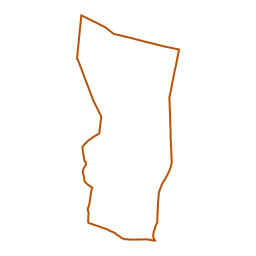 Malem Hodar, Kaffrine, Senegal (Equal Earth projection)
{"feature_id": "50182788B13883389428586", "entity_name": "Malem Hodar", "entity_type": "district", "adm_level": 2, "iso_a3": "SEN", "parent_name": "Senegal", "parent_adm1": "Kaffrine", "projection": "equal_earth", "projection_center": [-15.234, 14.358], "detail": "fine", "context": "isolated", "style": "outline", "palette": "amber", "viewbox_px": 256, "rotation_deg": 0, "n_neighbors": 0, "source": "geoboundaries", "source_scale": "gbopen_adm2", "svg_char_len": 2858}
<svg xmlns="http://www.w3.org/2000/svg" viewBox="0 0 256 256"><path d="M77.0,58.9L77.7,59.3L93.3,100.4L101.3,116.7L99.2,133.5L92.9,137.2L87.9,140.9L84.6,144.2L82.3,147.2L83.3,154.4L84.6,161.1L85.8,162.0L85.8,164.8L83.8,168.3L82.6,171.6L83.8,176.2L84.5,181.2L87.0,184.0L92.3,187.7L91.1,191.8L89.3,204.4L87.6,209.5L88.6,212.5L88.3,217.3L88.2,222.0L88.5,222.7L88.6,223.0L89.2,223.1L90.0,223.4L90.6,223.7L91.1,223.8L92.0,224.1L92.5,224.2L93.1,224.6L94.0,224.8L94.8,225.1L95.6,225.4L96.0,225.5L97.2,225.9L98.3,226.2L99.3,226.6L100.1,226.8L100.9,227.3L101.6,227.4L102.5,227.9L103.2,228.0L103.6,228.0L104.6,228.4L105.5,228.8L106.8,229.2L107.4,229.5L108.1,229.9L108.7,230.3L109.3,230.5L109.9,230.9L110.4,231.0L110.5,231.0L110.9,231.2L112.2,231.8L113.0,232.1L113.9,232.6L114.8,233.0L115.4,233.4L116.1,234.1L116.9,234.7L117.9,235.2L118.7,235.8L119.6,236.4L120.1,236.9L121.0,237.5L121.6,237.9L122.5,238.2L122.7,238.3L122.9,238.5L123.2,238.5L123.4,238.7L123.6,238.8L124.0,239.0L124.4,239.2L124.8,239.1L125.1,239.1L125.4,239.2L126.0,239.4L126.3,239.3L126.5,239.4L126.9,239.2L127.3,239.3L128.2,239.3L128.4,239.4L128.8,239.5L129.1,239.5L129.6,239.5L130.5,239.5L130.8,239.5L131.3,239.6L131.6,239.5L132.2,239.5L132.6,239.6L133.1,239.6L133.6,239.6L133.9,239.7L134.2,239.6L134.6,239.5L135.0,239.5L135.6,239.5L136.1,239.5L136.5,239.6L136.9,239.5L137.2,239.5L138.0,239.5L138.5,239.5L139.9,239.5L140.2,239.5L141.1,239.5L141.4,239.5L141.7,239.5L142.0,239.4L142.6,239.4L143.2,239.4L143.6,239.5L144.4,239.4L144.8,239.4L145.3,239.3L145.6,239.4L146.2,239.4L146.6,239.4L147.1,239.4L147.5,239.5L148.1,239.5L149.1,239.7L149.6,239.9L150.2,239.7L151.0,240.0L151.9,240.2L152.2,240.2L152.7,240.3L153.3,240.6L153.6,240.6L154.2,240.6L154.7,240.6L155.0,240.6L154.8,240.2L154.2,239.0L153.7,238.3L153.2,236.7L153.2,236.1L153.5,232.9L153.7,231.5L154.9,228.8L155.5,225.9L157.2,222.7L157.4,216.7L157.7,210.6L157.9,204.6L158.2,201.8L158.5,197.5L158.8,192.9L159.4,191.0L161.1,186.5L161.3,186.0L162.1,183.9L162.9,182.5L165.2,179.1L166.2,177.1L167.6,174.5L167.9,173.9L168.0,173.6L168.1,173.4L168.3,173.1L169.2,171.1L170.3,168.2L170.9,166.4L171.5,163.5L171.8,161.5L171.7,159.9L171.3,152.1L171.2,148.1L170.9,144.3L170.6,136.9L170.6,131.4L170.2,123.4L170.2,120.3L170.1,117.3L170.0,114.2L170.0,112.9L169.8,109.6L169.7,106.0L169.6,102.4L169.4,98.8L169.4,97.3L171.2,88.9L171.5,87.2L171.6,86.5L172.2,83.4L173.2,78.7L174.6,71.3L175.9,65.6L177.1,59.5L177.9,55.1L178.9,50.2L178.9,49.9L179.0,49.5L175.5,48.8L171.9,48.0L168.4,47.3L166.9,47.0L164.8,46.6L160.8,45.6L156.7,44.5L152.6,43.5L147.6,42.3L144.7,41.6L141.7,40.8L138.7,40.0L135.8,39.3L133.0,38.5L130.2,37.8L126.5,36.9L122.8,36.0L119.1,35.2L115.4,34.3L113.4,33.7L109.3,30.4L105.1,27.2L100.5,24.9L95.8,22.5L91.1,20.2L86.5,17.9L81.3,15.4L81.1,17.6L80.3,26.0L79.4,34.4L78.6,42.8L78.4,44.4L77.7,51.2L77.0,58.9Z" fill="none" stroke="#b45309" stroke-width="2"/></svg>